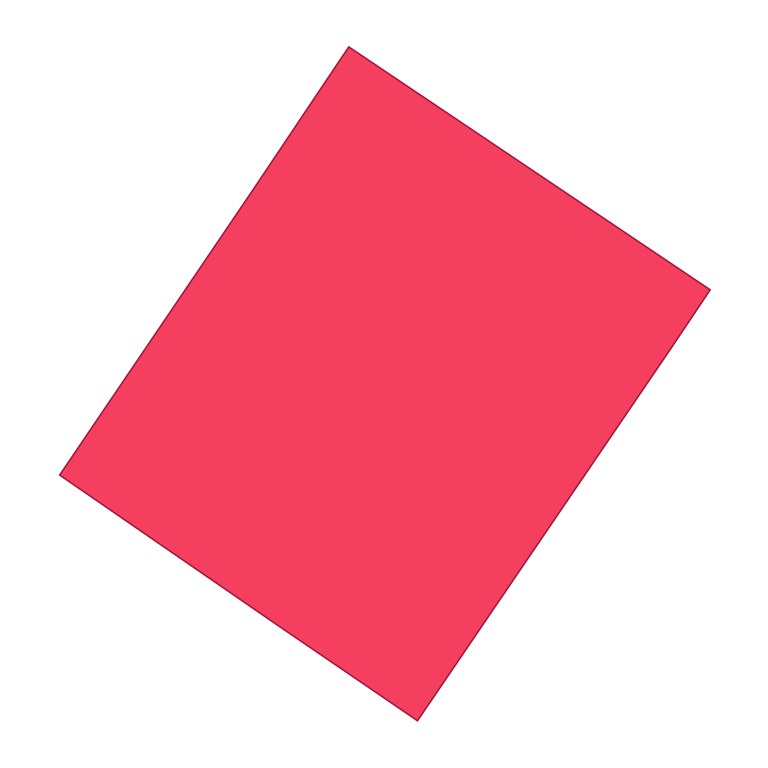 Thomas, Kansas, United States of America, rotated 304°
{"feature_id": "52423323B39494503995541", "entity_name": "Thomas", "entity_type": "district", "adm_level": 2, "iso_a3": "USA", "parent_name": "United States of America", "parent_adm1": "Kansas", "projection": "albers", "projection_center": [-101.056, 39.351], "detail": "fine", "context": "isolated", "style": "filled", "palette": "rose", "viewbox_px": 768, "rotation_deg": 304, "n_neighbors": 0, "source": "geoboundaries", "source_scale": "gbopen_adm2", "svg_char_len": 279}
<svg xmlns="http://www.w3.org/2000/svg" viewBox="0 0 768 768"><g transform="rotate(304 384 384)"><path d="M123.5,600.1L574.1,602.0L644.5,601.8L643.8,166.3L627.8,166.3L471.8,166.8L127.1,166.0L124.5,426.0L123.5,600.1Z" fill="#f43f5e" stroke="#9f1239" stroke-width="1.5"/></g></svg>